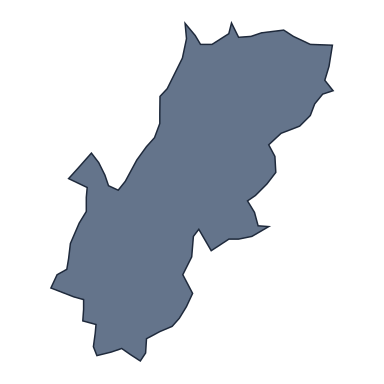 Pano Koutrafas, Nicosia, Cyprus
{"feature_id": "46923920B67363917084525", "entity_name": "Pano Koutrafas", "entity_type": "district", "adm_level": 2, "iso_a3": "CYP", "parent_name": "Cyprus", "parent_adm1": "Nicosia", "projection": "orthographic", "projection_center": [32.965, 35.092], "detail": "fine", "context": "isolated", "style": "filled", "palette": "slate", "viewbox_px": 384, "rotation_deg": 0, "n_neighbors": 0, "source": "geoboundaries", "source_scale": "gbopen_adm2", "svg_char_len": 1108}
<svg xmlns="http://www.w3.org/2000/svg" viewBox="0 0 384 384"><path d="M332.4,45.2L310.3,44.4L293.4,36.4L283.7,30.1L261.6,32.8L251.0,36.4L238.6,37.3L231.5,23.0L228.8,33.7L212.0,44.4L200.5,44.4L195.2,35.5L185.1,23.4L186.5,38.7L182.4,58.1L167.2,88.7L160.0,96.4L159.8,113.7L159.8,123.5L154.5,137.7L146.5,146.6L136.8,160.0L125.3,181.3L118.2,190.2L108.5,185.7L104.9,175.1L98.7,162.6L91.4,153.1L77.5,168.8L68.6,178.6L87.2,187.5L86.3,197.3L86.3,211.5L79.2,223.1L70.4,243.5L68.6,258.6L66.8,269.3L57.1,274.7L50.9,288.0L73.9,296.9L83.6,299.6L83.6,309.4L82.8,320.9L96.0,324.5L95.2,333.4L93.4,346.7L96.9,355.6L111.1,352.1L121.7,348.5L130.6,354.7L140.3,361.0L145.6,353.0L146.5,338.7L159.8,331.6L172.2,326.3L179.3,318.3L186.4,306.7L192.6,293.4L182.8,274.7L191.7,256.9L193.4,236.4L198.8,229.3L211.2,250.7L228.9,239.1L238.6,239.1L251.9,236.4L268.7,226.6L258.1,225.8L254.5,212.4L247.5,200.9L255.4,195.5L266.9,184.0L275.8,172.4L274.9,156.4L268.7,144.8L281.1,133.3L299.7,126.1L310.3,115.5L314.7,103.9L322.7,94.1L333.1,90.7L332.2,89.6L324.8,80.3L329.0,66.4L332.4,45.2Z" fill="#64748b" stroke="#1e293b" stroke-width="1.5"/></svg>